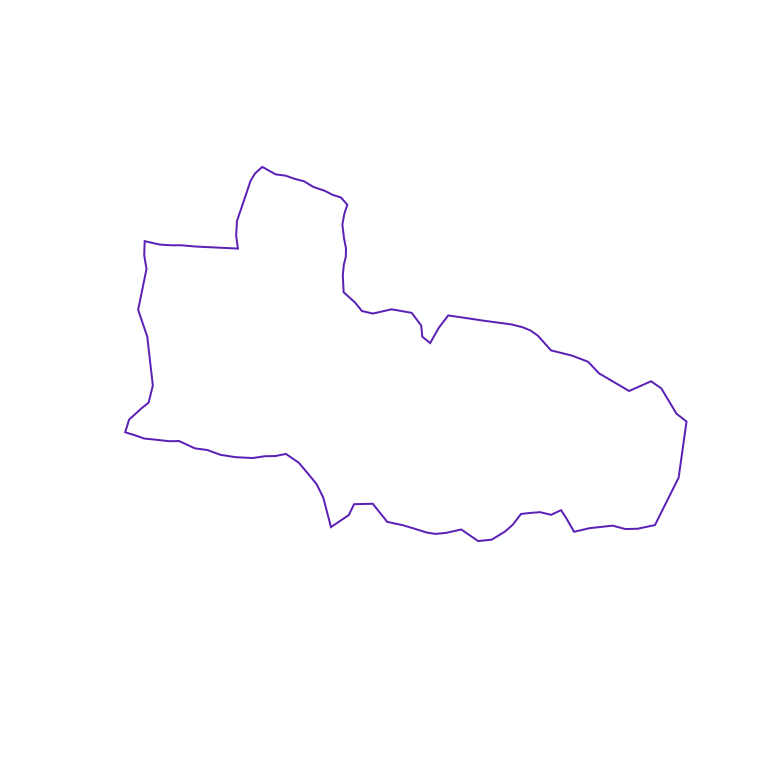 the district of Presidente Castelo Branco, Paraná, Brazil, rotated 63°
{"feature_id": "56859067B40878166558418", "entity_name": "Presidente Castelo Branco", "entity_type": "district", "adm_level": 2, "iso_a3": "BRA", "parent_name": "Brazil", "parent_adm1": "Paraná", "projection": "orthographic", "projection_center": [-52.155, -23.264], "detail": "fine", "context": "isolated", "style": "outline", "palette": "violet", "viewbox_px": 768, "rotation_deg": 63, "n_neighbors": 0, "source": "geoboundaries", "source_scale": "gbopen_adm2", "svg_char_len": 1473}
<svg xmlns="http://www.w3.org/2000/svg" viewBox="0 0 768 768"><g transform="rotate(63 384 384)"><path d="M501.5,168.8L472.1,187.6L456.8,192.1L444.0,203.7L429.9,219.9L410.7,225.0L402.7,229.3L396.4,234.7L388.9,243.2L373.3,265.8L352.1,295.6L358.7,309.5L368.5,324.3L359.2,328.4L348.9,324.3L333.2,327.0L320.9,343.3L316.2,361.9L309.0,370.5L298.0,372.9L283.9,378.3L268.6,371.4L259.7,365.8L253.2,360.2L245.9,356.3L235.8,353.4L223.0,348.7L214.5,342.2L207.6,335.3L198.3,337.7L191.8,344.2L185.2,348.9L176.2,357.6L167.1,363.2L161.1,370.0L153.7,377.1L148.0,385.4L135.3,393.9L137.9,403.5L142.6,410.9L155.9,424.4L172.0,441.0L184.7,448.4L197.0,452.7L175.8,489.8L168.2,501.9L163.5,511.1L157.9,520.6L148.1,532.4L160.4,539.2L173.7,543.4L206.3,569.4L234.5,573.5L280.5,590.7L293.7,602.2L295.7,611.6L300.0,627.3L309.5,636.5L317.6,628.2L323.6,622.6L330.7,611.6L337.5,601.3L341.8,592.5L355.4,581.8L362.7,571.3L372.8,561.9L381.8,549.5L390.4,534.5L394.2,523.1L398.9,513.4L401.8,503.1L415.4,495.7L429.5,492.4L442.6,489.5L457.6,489.7L487.4,496.2L484.8,474.9L477.5,465.2L485.6,448.4L497.2,446.0L508.3,443.7L518.5,431.2L526.4,422.9L535.9,413.2L541.0,406.1L544.9,396.0L548.7,381.2L566.6,371.5L571.6,358.7L570.4,343.3L567.8,333.0L562.0,320.9L565.3,312.2L569.1,303.0L576.4,294.6L576.8,283.5L586.6,282.5L602.0,281.7L605.8,266.2L614.0,244.6L622.8,234.8L628.1,223.8L632.7,206.6L601.2,164.0L554.8,131.5L543.3,136.9L513.9,138.9L502.8,144.8L501.5,168.8Z" fill="none" stroke="#5b21b6" stroke-width="2"/></g></svg>